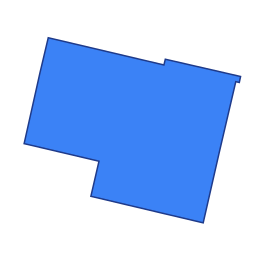 Olmsted, Minnesota, United States of America, rotated 193°
{"feature_id": "52423323B15462703536007", "entity_name": "Olmsted", "entity_type": "district", "adm_level": 2, "iso_a3": "USA", "parent_name": "United States of America", "parent_adm1": "Minnesota", "projection": "equal_earth", "projection_center": [-92.471, 44.015], "detail": "fine", "context": "isolated", "style": "filled", "palette": "blue", "viewbox_px": 256, "rotation_deg": 193, "n_neighbors": 0, "source": "geoboundaries", "source_scale": "gbopen_adm2", "svg_char_len": 349}
<svg xmlns="http://www.w3.org/2000/svg" viewBox="0 0 256 256"><g transform="rotate(193 128 128)"><path d="M29.8,197.4L29.9,203.5L107.1,203.4L107.2,197.5L226.0,198.0L226.2,161.7L225.7,89.4L148.8,89.1L148.8,53.1L110.5,52.9L74.4,52.7L33.4,52.5L33.6,125.0L33.5,161.1L33.4,197.4L29.8,197.4Z" fill="#3b82f6" stroke="#1e3a8a" stroke-width="1.5"/></g></svg>